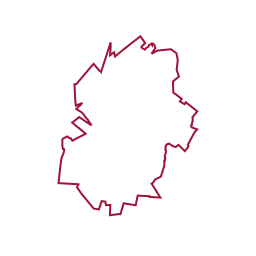 San Francisco de Borja, Chihuahua, Mexico (Equal Earth projection), rotated 223°
{"feature_id": "50627088B27910200343909", "entity_name": "San Francisco de Borja", "entity_type": "district", "adm_level": 2, "iso_a3": "MEX", "parent_name": "Mexico", "parent_adm1": "Chihuahua", "projection": "equal_earth", "projection_center": [-106.771, 27.891], "detail": "fine", "context": "isolated", "style": "outline", "palette": "rose", "viewbox_px": 256, "rotation_deg": 223, "n_neighbors": 0, "source": "geoboundaries", "source_scale": "gbopen_adm2", "svg_char_len": 3275}
<svg xmlns="http://www.w3.org/2000/svg" viewBox="0 0 256 256"><g transform="rotate(223 128 128)"><path d="M138.0,211.7L143.6,215.7L150.3,214.9L151.4,213.7L159.3,204.6L161.4,198.4L162.5,204.9L165.4,206.8L166.7,206.8L168.0,206.3L167.0,205.1L168.0,205.3L169.3,203.3L168.5,201.5L168.8,200.5L169.2,198.9L169.1,196.8L173.0,196.0L173.5,196.5L173.7,197.6L173.8,198.0L173.3,199.2L173.5,200.3L173.3,201.8L181.5,203.5L183.6,190.5L184.2,185.9L184.4,184.6L184.5,184.6L185.1,180.5L185.1,179.9L185.6,176.6L185.7,175.9L186.2,171.4L189.4,173.6L189.9,173.9L190.7,168.9L195.4,174.8L199.1,178.8L188.6,156.4L185.9,150.6L186.7,150.8L187.3,150.6L188.5,150.4L196.9,151.5L196.8,148.5L196.8,147.8L196.2,134.9L195.7,124.8L197.0,123.5L184.7,111.6L181.4,108.8L178.4,115.2L178.8,106.6L172.6,107.8L170.4,107.8L165.9,106.8L163.3,106.7L156.4,105.0L156.6,105.0L157.3,104.9L162.7,104.0L169.2,103.0L171.1,102.7L171.9,97.6L172.5,93.9L171.7,94.0L165.0,94.3L164.4,94.4L157.9,94.8L155.1,94.9L160.1,80.7L162.6,81.5L162.7,81.3L162.8,81.2L163.0,81.2L163.4,80.9L163.6,80.8L163.7,80.7L163.9,80.7L164.2,80.6L164.6,80.5L164.8,80.5L165.2,80.5L165.5,80.5L166.0,80.6L166.4,80.6L166.5,80.5L166.6,80.4L167.1,78.9L167.4,78.6L168.3,76.1L168.2,75.3L168.1,74.7L164.7,71.2L164.1,70.3L162.0,68.9L161.4,68.4L161.2,68.3L160.3,68.9L159.8,68.4L159.5,68.2L158.0,65.7L156.1,60.6L155.8,60.1L151.3,53.8L151.0,53.4L149.1,50.8L148.6,50.2L147.6,48.8L145.4,45.8L145.0,45.3L141.2,40.3L125.8,53.1L125.7,53.0L125.7,52.9L125.7,52.7L124.9,49.9L117.4,48.2L98.1,45.7L93.7,48.6L97.4,56.5L94.4,58.7L91.5,56.5L91.4,56.6L88.5,59.6L81.7,51.9L76.1,58.7L74.7,59.7L79.8,70.0L69.7,76.7L74.8,85.2L65.7,92.8L65.2,92.3L56.9,99.2L72.8,103.4L72.4,104.9L73.1,108.7L70.8,114.8L75.0,123.7L75.3,124.3L75.6,125.0L76.1,125.7L77.4,126.9L78.2,127.8L78.4,128.2L78.5,128.2L78.6,128.3L78.4,128.7L78.5,128.8L79.2,128.8L79.3,129.1L79.3,129.3L79.3,129.6L79.3,130.1L79.9,130.6L80.2,130.9L80.2,131.1L80.2,131.3L80.3,131.5L80.5,131.7L80.6,131.8L80.8,131.9L81.1,131.9L81.3,132.0L81.7,132.2L81.9,132.4L82.1,132.7L82.2,133.1L82.4,133.5L82.9,134.4L83.2,135.0L83.3,135.5L83.5,135.9L83.7,136.2L83.8,136.3L84.0,136.4L84.3,136.8L84.5,136.8L84.9,137.1L85.0,137.3L85.1,137.5L85.3,137.6L85.5,137.7L85.9,137.8L86.1,137.8L86.3,138.3L86.4,138.6L86.5,138.8L86.9,138.9L87.0,139.0L87.4,139.4L87.6,139.5L87.7,139.8L87.7,140.1L87.8,140.4L87.9,140.6L88.1,140.7L88.2,140.8L88.3,140.9L88.4,141.2L88.3,141.4L88.2,141.7L88.2,142.0L88.2,142.3L88.3,142.5L88.3,142.9L88.2,143.1L88.0,143.3L88.0,143.5L87.7,143.8L87.3,144.6L82.8,145.3L80.1,146.7L79.6,150.1L70.6,149.9L71.0,154.4L71.5,156.1L72.9,156.8L76.2,169.4L76.4,170.2L76.5,174.1L81.9,171.9L83.3,172.5L83.4,172.8L83.4,173.1L83.3,173.5L83.4,173.9L83.6,174.0L83.8,174.2L83.9,174.3L84.1,174.4L84.2,174.6L84.3,174.7L84.4,174.8L84.4,175.0L84.5,175.2L84.5,175.4L84.6,175.5L84.7,175.8L84.8,175.9L84.9,176.0L85.0,176.1L85.1,176.3L85.2,176.7L85.3,177.1L85.5,177.2L85.6,177.4L85.8,177.5L86.0,177.8L86.4,178.0L86.8,178.7L87.1,179.1L87.4,179.4L87.6,179.6L87.8,179.6L88.1,179.6L88.2,179.8L88.2,180.1L88.2,180.3L88.6,186.1L88.7,187.4L91.2,187.2L102.8,186.3L103.3,186.3L103.3,186.2L102.8,184.0L108.1,182.8L108.1,183.0L108.6,185.9L116.1,185.2L118.8,184.7L121.5,187.3L126.9,192.7L125.8,200.4L132.1,203.7L138.0,211.7Z" fill="none" stroke="#9f1239" stroke-width="2"/></g></svg>